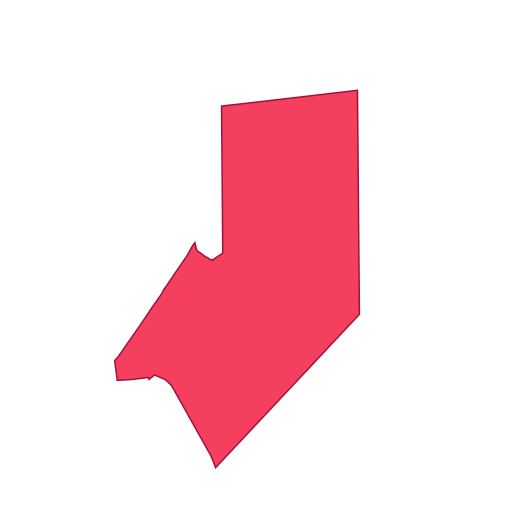 outline of Enkhuizen, Noord-Holland, Netherlands, rotated 37°
{"feature_id": "6326949B87698355372902", "entity_name": "Enkhuizen", "entity_type": "district", "adm_level": 2, "iso_a3": "NLD", "parent_name": "Netherlands", "parent_adm1": "Noord-Holland", "projection": "orthographic", "projection_center": [5.262, 52.758], "detail": "fine", "context": "isolated", "style": "filled", "palette": "rose", "viewbox_px": 512, "rotation_deg": 37, "n_neighbors": 0, "source": "geoboundaries", "source_scale": "gbopen_adm2", "svg_char_len": 4680}
<svg xmlns="http://www.w3.org/2000/svg" viewBox="0 0 512 512"><g transform="rotate(37 256 256)"><path d="M373.7,240.4L372.3,238.5L317.7,167.4L306.4,152.6L237.3,62.6L229.7,69.9L150.2,145.7L142.5,152.9L138.3,157.0L227.7,273.7L224.9,281.8L224.3,283.7L224.3,284.3L224.3,285.0L224.2,284.9L223.9,284.8L223.7,284.9L223.5,285.0L223.4,285.0L223.2,285.2L223.0,285.3L222.8,285.5L222.6,285.7L222.5,285.8L222.4,285.9L222.2,286.1L221.9,286.3L221.7,286.4L221.6,286.5L221.3,286.6L221.1,286.6L220.9,286.6L220.6,286.6L220.3,286.6L220.2,286.5L219.9,286.5L219.7,286.5L219.4,286.4L219.2,286.4L218.9,286.4L218.7,286.5L218.4,286.5L218.2,286.5L217.8,286.6L217.5,286.7L217.2,286.7L216.8,286.8L216.7,286.8L216.4,286.9L216.2,286.9L215.8,286.9L215.6,287.0L215.4,287.0L215.1,287.0L214.8,287.0L214.2,287.0L213.8,287.0L213.5,287.0L213.3,287.0L213.1,287.0L212.7,287.0L212.2,287.0L211.9,287.0L211.5,287.0L211.3,287.0L210.8,287.0L210.5,287.0L210.1,287.0L209.8,287.1L209.4,287.1L209.1,287.1L208.7,287.1L208.4,287.2L208.0,287.2L207.5,287.2L207.2,287.2L206.9,287.3L206.7,287.3L206.4,287.3L206.2,287.2L205.9,287.2L205.7,287.1L205.3,286.9L205.0,286.8L204.8,286.6L204.6,286.5L204.4,286.4L204.2,286.3L203.9,286.1L203.7,285.9L203.4,285.7L203.0,285.4L202.8,285.2L202.4,284.8L202.2,284.7L201.8,284.3L201.7,284.2L201.4,284.0L201.3,283.9L201.0,283.7L200.8,283.5L200.6,283.4L200.4,283.2L200.2,283.1L199.9,282.8L199.8,282.7L199.6,282.6L199.4,282.4L199.2,282.2L199.1,283.8L199.2,284.5L199.2,285.1L199.2,285.3L199.2,285.8L199.3,287.1L199.3,287.4L199.4,287.8L199.4,288.2L199.5,288.8L199.6,289.1L199.7,289.7L199.7,290.2L199.8,290.7L199.9,291.3L200.0,291.9L200.1,292.5L200.2,292.9L200.2,293.1L200.3,293.5L200.3,294.1L200.4,294.7L200.5,295.5L200.6,296.1L200.6,296.7L200.7,297.3L200.7,298.3L200.8,298.8L200.8,299.3L200.8,299.9L200.8,300.5L200.9,300.9L200.9,301.7L200.9,302.3L201.0,303.2L201.0,303.9L201.0,304.5L201.0,305.0L201.1,305.5L201.1,306.2L201.1,307.0L201.2,308.1L201.2,308.9L201.3,309.5L201.3,310.2L201.3,310.9L201.4,312.1L201.4,312.7L201.4,313.4L201.5,314.1L201.5,314.9L201.6,315.8L201.6,316.5L201.6,317.7L201.6,318.1L201.7,318.4L201.7,319.0L201.7,319.4L201.7,320.0L201.8,320.7L201.8,321.2L201.9,321.7L201.9,322.1L201.9,322.5L201.9,323.0L202.0,323.6L202.0,324.1L202.0,324.4L202.0,324.7L202.0,324.9L202.1,327.0L202.2,327.4L202.1,328.8L202.2,330.5L202.4,331.2L202.4,331.9L202.4,332.8L202.5,334.4L202.6,335.5L202.5,336.8L202.5,337.2L202.7,339.6L202.7,339.8L202.8,340.1L203.1,340.6L203.2,341.0L203.3,342.6L203.4,344.2L203.5,345.4L203.5,345.5L203.5,345.8L203.5,346.0L203.5,346.3L203.5,346.5L203.5,346.9L203.5,347.1L203.6,347.3L203.6,347.6L203.6,347.8L203.6,348.0L203.6,348.4L203.6,348.6L203.6,348.8L203.6,349.1L203.6,349.4L203.6,349.5L203.6,349.8L203.7,350.1L203.7,350.3L203.8,350.5L203.8,350.8L203.9,351.0L203.8,351.3L203.8,351.5L203.7,351.6L203.7,351.8L203.7,352.0L203.7,352.3L203.8,352.6L203.8,352.8L203.8,353.1L203.9,353.3L203.9,353.5L203.9,353.8L203.8,354.0L203.8,354.4L203.7,354.5L203.7,354.8L203.7,355.0L203.7,355.3L203.8,355.5L203.8,355.9L203.8,356.1L203.8,356.4L203.8,356.6L203.8,356.8L203.8,357.0L203.8,357.4L203.8,357.6L203.9,357.9L203.9,358.1L203.9,358.9L203.9,359.1L204.0,359.7L204.0,360.2L204.0,360.4L204.0,360.6L204.1,361.0L204.1,361.3L204.1,361.5L204.1,361.8L204.1,362.1L204.2,362.3L204.1,362.5L204.1,362.8L204.1,363.0L204.1,363.3L204.1,363.5L204.2,364.0L204.2,364.4L204.3,364.6L204.3,364.8L204.3,365.0L204.4,365.5L204.4,365.8L204.4,366.0L204.3,366.4L204.4,366.6L204.4,366.9L204.4,367.1L204.4,367.5L204.4,367.9L204.4,368.2L204.4,368.4L204.5,368.6L204.5,368.8L204.5,369.0L204.5,369.3L204.5,369.5L204.5,369.9L204.5,370.1L204.6,370.3L204.6,370.5L204.6,370.8L204.6,371.1L204.7,371.4L204.7,371.6L204.7,371.8L204.7,372.0L204.7,372.3L204.7,372.5L204.7,373.3L205.1,381.4L205.1,382.2L205.5,390.9L205.5,391.2L205.5,391.4L205.5,391.7L205.5,391.9L205.5,392.2L205.5,392.4L205.5,392.7L205.5,392.9L205.5,393.0L205.5,393.3L205.6,393.6L205.6,393.9L205.6,394.1L205.6,394.3L205.6,394.6L205.6,394.8L205.6,395.0L205.7,395.4L205.7,395.6L205.7,395.9L205.7,396.1L205.7,396.3L205.7,397.0L205.7,397.5L205.7,397.9L205.7,398.0L205.7,398.3L205.8,398.6L205.8,398.9L205.8,399.1L205.8,399.3L205.8,399.5L205.8,399.9L205.8,400.0L205.8,400.5L205.8,400.8L205.8,402.0L205.8,402.4L205.9,403.2L206.0,405.3L206.1,408.1L206.1,408.3L206.4,415.0L206.4,415.3L206.6,419.7L206.5,420.1L206.4,420.9L206.4,421.2L206.3,422.2L206.3,422.5L206.2,422.6L206.2,422.8L206.1,424.7L220.0,438.8L230.5,430.0L242.9,418.0L244.9,418.9L244.9,418.7L245.0,418.5L245.2,417.4L245.4,416.6L246.0,414.4L246.3,413.0L246.5,412.1L258.1,409.3L266.5,410.3L340.0,442.6L347.6,447.1L351.1,449.4L351.4,446.7L362.7,342.3L373.7,240.4Z" fill="#f43f5e" stroke="#9f1239" stroke-width="1.5"/></g></svg>